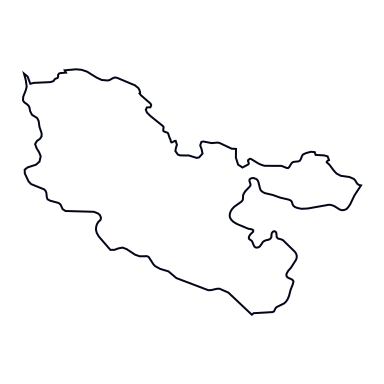 an SVG outline of Moselle
{"feature_id": "FRA-5328", "entity_name": "Moselle", "entity_type": "Metropolitan department", "adm_level": 1, "iso_a3": "FRA", "parent_name": "France", "parent_adm1": "", "projection": "equal_earth", "projection_center": [6.833, 49.011], "detail": "fine", "context": "isolated", "style": "outline", "palette": "ink", "viewbox_px": 384, "rotation_deg": 0, "n_neighbors": 0, "source": "natural_earth", "source_scale": "10m", "svg_char_len": 3777}
<svg xmlns="http://www.w3.org/2000/svg" viewBox="0 0 384 384"><path d="M105.7,80.3L107.4,80.5L109.5,80.1L113.2,78.0L114.8,77.5L117.0,77.8L134.9,85.3L138.3,88.0L139.5,90.1L140.0,92.1L140.1,93.5L139.7,93.6L141.0,95.3L150.6,103.7L151.2,105.2L150.4,107.3L146.9,107.4L145.8,109.7L147.0,112.6L150.3,115.9L163.3,126.4L163.6,127.5L163.2,130.0L163.5,131.1L164.5,131.7L167.2,132.6L168.1,133.3L169.6,137.9L170.2,139.0L170.5,139.5L170.8,141.5L171.4,142.4L172.2,142.3L174.9,140.9L175.7,140.9L176.9,144.8L175.9,148.0L175.4,151.1L177.9,154.6L180.2,155.4L188.9,155.5L196.6,157.9L199.1,157.4L202.5,153.6L201.7,149.5L200.2,145.4L201.4,141.9L203.4,141.5L211.6,143.1L217.3,142.6L219.4,142.9L231.7,148.7L236.0,148.9L235.9,157.7L238.1,164.6L242.5,167.5L248.5,164.3L248.8,163.0L248.2,161.7L248.0,160.3L249.8,158.8L250.9,158.9L258.4,163.5L261.5,164.9L264.6,165.8L281.5,165.9L286.8,168.0L288.0,168.1L289.2,167.1L291.3,163.6L292.5,162.3L294.2,161.8L298.3,161.4L299.7,160.8L300.7,159.4L302.1,155.8L303.0,154.5L306.3,153.0L307.1,152.8L310.9,151.8L314.7,152.1L315.6,154.9L324.1,155.4L327.6,156.4L329.0,160.1L327.5,160.9L327.0,161.4L326.7,162.3L329.4,164.7L333.9,170.7L336.5,173.5L340.8,175.8L349.4,177.0L353.8,178.9L355.2,180.4L357.2,183.7L359.0,185.0L361.0,185.4L354.4,195.5L350.2,204.3L348.5,206.8L346.9,208.7L345.2,209.7L343.3,210.1L341.4,210.1L339.7,209.5L334.4,206.2L332.5,205.4L330.7,204.9L328.7,204.8L307.7,208.5L301.4,208.8L297.2,207.9L295.1,207.1L293.5,205.9L292.6,204.3L292.1,202.7L291.5,201.2L290.1,200.2L288.3,199.5L280.4,197.7L272.8,195.0L264.8,193.1L262.7,192.0L261.1,190.7L260.2,189.2L258.4,182.0L257.6,180.3L256.3,179.0L253.3,178.0L251.1,178.3L249.6,179.4L249.4,180.9L250.5,184.2L250.4,185.6L249.3,187.1L246.3,190.1L245.0,191.6L243.4,194.4L243.3,194.8L243.1,195.6L243.0,196.8L243.0,198.1L242.9,199.2L242.6,200.2L241.5,201.6L234.3,206.7L232.5,208.6L231.2,210.4L230.4,212.1L229.9,213.7L229.7,215.3L229.8,216.8L230.4,218.4L231.5,220.0L232.9,221.4L234.1,222.3L237.2,224.1L248.2,228.7L252.0,229.4L253.2,230.2L253.2,231.6L250.0,234.8L248.9,236.9L248.9,238.7L250.2,239.8L251.6,240.7L252.5,242.2L253.7,245.3L254.5,246.7L256.1,247.6L257.9,247.5L259.7,246.6L260.8,245.1L263.1,241.7L264.7,240.8L266.2,240.2L268.7,239.7L270.4,238.7L271.4,237.1L271.4,235.1L271.9,232.9L273.0,231.6L274.4,231.2L275.7,231.8L276.3,233.1L276.5,234.5L276.6,236.0L276.8,237.3L277.9,238.5L281.3,239.4L283.0,240.2L294.1,251.0L295.3,252.3L296.1,253.7L296.6,255.1L296.8,256.0L296.7,257.3L296.6,258.1L296.0,259.8L291.2,267.4L288.0,271.1L286.5,273.9L286.4,275.7L287.2,277.1L288.8,278.1L290.8,278.9L292.4,279.8L293.5,281.3L292.9,284.0L290.6,289.8L289.0,296.0L287.6,299.3L286.1,301.5L284.3,303.3L276.4,307.2L275.4,308.5L274.0,311.4L272.4,312.1L253.6,313.2L251.8,314.7L228.4,292.6L219.5,288.7L216.8,288.8L211.2,290.1L208.3,290.2L176.4,278.1L168.5,271.4L160.2,268.9L155.1,266.1L153.4,264.3L148.7,257.0L147.0,256.2L139.7,256.3L135.1,254.7L126.6,249.1L122.5,247.6L118.3,248.4L114.3,249.9L110.4,249.9L98.8,236.5L96.8,233.0L96.0,230.0L96.1,227.1L96.9,224.3L98.4,221.8L100.3,220.1L100.8,219.1L100.9,217.4L99.9,215.1L98.1,213.5L93.9,211.8L65.5,211.0L62.6,209.1L60.5,204.5L58.7,203.0L49.9,200.6L47.6,199.3L46.9,197.7L46.3,192.6L45.5,190.8L44.2,189.4L31.1,184.1L28.5,181.3L24.8,173.4L24.7,169.7L27.6,167.4L36.0,164.7L39.5,161.6L40.7,156.3L39.2,152.5L36.6,148.2L35.1,144.1L36.9,141.0L40.1,138.7L41.6,136.2L41.6,133.2L39.5,127.0L38.6,120.9L37.1,118.0L32.0,114.8L30.2,111.3L29.4,107.4L28.7,105.9L27.2,104.4L24.8,102.7L23.7,101.7L23.0,100.1L23.2,96.8L25.9,89.9L26.7,86.6L25.8,80.2L24.0,73.6L27.7,76.7L30.3,83.8L33.7,82.9L50.4,82.1L53.3,81.2L55.2,78.8L57.6,78.0L58.1,76.7L58.0,75.1L59.1,73.5L60.5,73.1L66.0,72.6L64.7,70.3L76.0,69.3L81.6,69.8L86.9,71.6L87.3,71.8L96.6,77.6L101.8,80.0L105.7,80.3Z" fill="none" stroke="#020617" stroke-width="2"/></svg>